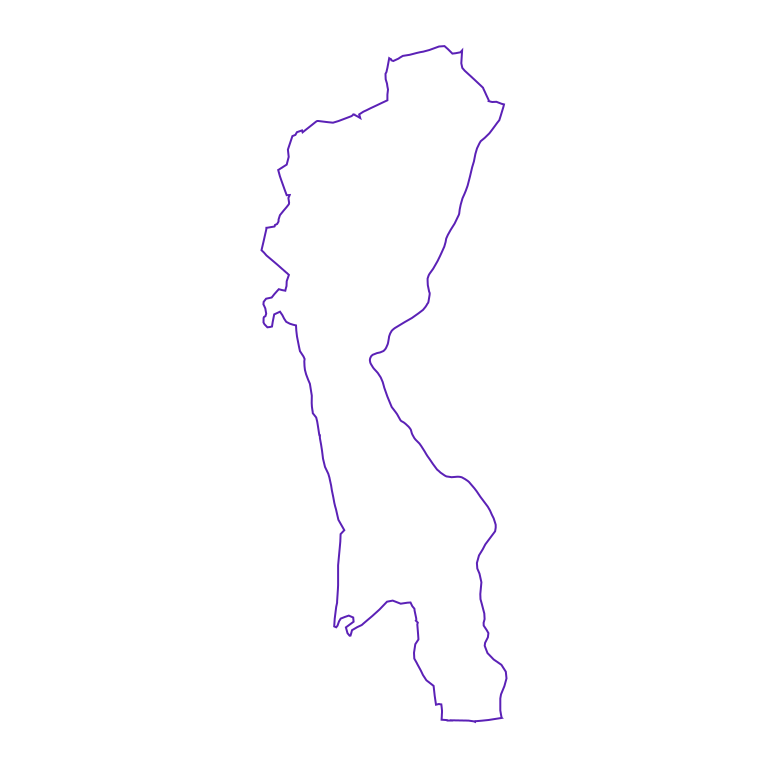 outline of Raņķu pag., Skrundas, Latvia
{"feature_id": "27541924B83019830898221", "entity_name": "Raņķu pag.", "entity_type": "district", "adm_level": 2, "iso_a3": "LVA", "parent_name": "Latvia", "parent_adm1": "Skrundas", "projection": "albers", "projection_center": [21.983, 56.757], "detail": "fine", "context": "isolated", "style": "outline", "palette": "violet", "viewbox_px": 768, "rotation_deg": 0, "n_neighbors": 0, "source": "geoboundaries", "source_scale": "gbopen_adm2", "svg_char_len": 5843}
<svg xmlns="http://www.w3.org/2000/svg" viewBox="0 0 768 768"><path d="M340.6,534.1L340.3,541.7L339.8,547.2L338.1,565.3L338.1,585.3L337.9,589.3L337.1,601.4L337.1,602.2L337.1,602.7L336.2,606.9L334.7,618.8L334.2,626.4L336.2,627.3L337.5,625.7L339.0,621.4L340.7,618.6L345.0,616.9L348.8,615.6L353.2,617.5L353.6,621.7L345.9,627.4L347.5,633.2L349.6,635.7L350.5,635.6L351.2,633.3L352.0,630.2L357.3,627.1L361.6,625.1L362.5,624.4L363.0,623.9L367.8,619.8L372.2,616.1L379.4,609.6L387.0,601.7L392.7,600.6L396.1,601.9L400.7,603.7L407.4,602.7L410.5,602.5L412.3,606.2L414.4,608.7L414.6,610.7L416.1,617.8L416.2,618.2L416.3,620.3L415.9,620.7L416.9,621.7L417.8,622.6L417.3,624.4L418.1,634.4L418.4,638.8L418.4,639.5L415.3,644.2L414.0,652.8L414.3,658.6L417.0,663.4L417.1,663.7L420.9,670.7L423.0,675.1L426.4,680.3L433.6,685.9L434.7,695.8L436.0,704.7L438.9,704.0L440.9,704.4L441.3,704.4L441.5,705.7L441.6,706.8L441.8,708.2L441.8,708.8L442.0,710.2L442.0,712.9L441.9,713.8L441.8,716.5L441.7,717.9L441.6,719.7L447.0,720.1L447.4,720.2L447.6,720.3L447.6,720.5L448.2,720.5L449.5,720.5L451.5,720.5L451.4,720.3L468.5,720.6L469.9,720.8L473.5,721.3L474.0,721.4L475.1,721.9L475.3,721.1L476.9,721.1L481.6,720.7L488.5,720.0L500.6,718.1L501.8,717.9L501.6,717.7L501.0,714.6L500.3,710.4L500.3,698.5L501.0,694.4L504.4,686.1L506.5,678.4L505.8,671.7L501.4,664.8L493.7,659.5L487.5,653.1L484.7,645.8L485.1,642.8L487.9,637.3L488.4,633.1L486.7,630.1L483.7,625.6L483.6,622.8L484.6,619.1L484.3,613.5L481.8,603.9L480.5,599.2L480.3,594.1L481.4,582.3L479.5,573.7L477.3,568.5L476.9,563.0L479.0,555.4L482.8,549.2L485.3,544.4L495.1,531.3L495.7,527.7L495.7,524.8L495.2,523.1L493.7,518.4L491.8,514.6L490.0,510.5L487.8,506.7L480.3,496.7L476.6,491.2L474.3,488.2L470.2,483.4L469.1,482.1L467.7,480.9L465.2,479.2L461.8,477.3L460.6,477.0L459.5,476.8L457.6,476.7L456.4,476.8L451.6,477.2L449.1,476.8L446.4,476.4L444.7,475.5L440.5,472.6L438.8,471.0L437.1,469.6L433.0,464.1L429.4,458.8L427.6,456.3L426.2,454.1L424.7,451.5L421.2,446.0L419.4,443.5L417.7,441.8L415.7,439.8L414.4,438.2L412.5,434.8L411.9,433.5L410.9,429.9L410.2,428.7L408.7,426.8L405.5,423.8L403.7,422.4L401.2,421.0L400.4,420.1L398.6,416.9L397.1,414.2L395.6,412.1L391.7,407.0L390.7,404.6L387.4,396.6L384.2,387.5L384.1,387.0L383.1,383.4L382.7,382.0L380.9,377.8L380.4,376.9L379.2,375.1L377.9,373.1L376.6,371.6L374.3,369.1L373.6,368.3L372.9,367.3L370.9,364.0L370.3,362.7L369.9,360.6L369.9,359.6L370.2,358.2L371.1,356.3L371.9,355.5L372.7,354.8L377.0,353.1L380.2,352.4L383.5,351.0L384.6,349.9L385.6,348.7L386.2,347.6L387.0,345.8L387.7,344.2L388.1,342.6L388.8,338.7L389.1,336.5L390.1,333.7L390.6,332.7L391.1,331.9L391.7,330.8L392.5,330.0L393.5,329.1L394.8,328.1L398.1,326.1L404.7,322.1L411.9,318.0L418.4,313.4L423.0,309.9L425.4,307.0L426.6,305.2L427.1,304.2L428.2,302.7L428.5,301.5L429.6,294.9L429.7,293.1L429.1,291.5L427.8,285.1L427.6,280.7L427.6,278.5L428.7,275.3L429.6,273.7L433.2,268.7L437.5,261.2L440.0,256.1L441.7,252.4L444.3,246.6L445.6,242.0L446.2,238.6L447.8,235.0L450.7,229.8L454.6,223.6L458.8,214.9L459.2,213.6L459.7,209.5L460.7,204.6L462.5,198.3L464.4,194.1L465.8,190.7L467.6,185.7L469.1,179.9L470.0,176.4L472.2,167.1L473.9,161.5L475.4,153.9L477.0,148.4L479.4,143.4L480.7,141.2L484.8,137.8L489.4,133.3L492.0,129.9L497.3,122.7L499.3,120.2L500.7,115.8L503.4,106.9L504.0,104.4L501.6,103.8L496.4,101.8L492.4,102.0L491.2,101.8L489.1,101.2L488.6,101.1L488.7,100.6L488.7,100.2L488.3,99.3L487.6,97.8L486.6,95.7L486.1,94.6L484.8,91.7L483.6,89.2L483.0,87.7L482.9,87.6L474.4,79.6L464.7,70.7L462.3,67.9L461.3,63.3L462.1,50.4L460.4,52.3L455.7,53.2L452.4,53.6L448.0,49.2L444.5,46.1L439.0,46.5L429.4,50.0L423.8,51.5L423.5,51.6L420.1,52.2L416.6,53.0L412.8,54.0L409.7,54.8L402.8,55.9L399.6,57.8L398.5,58.6L393.3,61.0L391.4,60.3L390.9,59.1L389.9,58.7L389.2,58.2L387.4,67.9L386.8,70.4L386.5,71.9L385.5,73.8L385.6,77.2L385.7,79.3L387.0,83.6L387.4,86.5L388.0,89.5L387.4,94.7L387.4,100.3L381.4,103.1L376.8,105.3L370.6,108.2L366.4,110.3L364.2,111.3L363.4,111.7L363.2,111.8L359.2,114.4L360.2,118.0L358.0,116.7L354.6,114.9L354.5,114.6L353.6,114.5L353.3,114.4L353.0,114.8L352.5,115.4L351.3,116.2L349.2,117.0L338.6,121.0L333.0,122.7L327.3,122.1L322.4,121.5L318.4,121.0L317.2,121.0L316.1,121.6L302.6,132.3L302.0,130.4L296.9,132.2L295.4,134.9L292.4,136.1L287.9,149.6L288.7,156.9L286.7,164.6L278.2,170.0L279.9,176.2L280.1,176.8L281.1,179.7L284.7,189.8L286.7,195.2L289.7,195.0L289.6,195.3L288.4,198.0L289.1,202.7L289.0,203.3L289.0,203.7L288.8,204.2L288.8,204.3L286.6,207.1L283.7,210.5L280.0,215.1L279.9,215.3L278.7,219.1L278.6,219.3L278.5,221.6L277.1,224.0L275.0,225.0L274.7,226.2L274.5,226.5L266.9,227.8L266.4,227.8L266.3,229.4L264.9,235.5L263.6,241.3L261.5,250.2L263.9,252.5L266.5,255.5L269.6,258.1L276.8,264.2L281.9,268.7L286.1,272.4L286.9,273.0L287.0,273.1L287.2,273.3L288.9,274.9L286.7,281.2L286.5,286.1L285.9,288.1L285.3,290.7L282.2,290.1L278.8,289.2L277.6,290.5L274.4,294.1L271.7,297.5L266.1,298.7L264.3,301.0L263.6,302.0L263.6,302.8L263.4,304.3L263.9,305.3L265.3,308.4L266.2,313.7L265.4,316.2L264.1,316.9L263.6,318.0L263.5,322.4L264.5,324.3L267.4,327.3L270.0,327.0L272.0,326.5L272.7,322.0L274.2,314.4L280.0,311.7L282.4,315.2L284.1,318.6L286.2,321.8L289.8,323.7L293.0,324.7L296.0,325.4L296.3,330.6L297.0,336.5L298.8,345.7L299.4,348.6L300.0,351.3L300.2,351.5L303.5,356.5L304.6,359.0L304.3,361.3L304.5,366.1L304.9,369.6L305.0,370.1L305.0,370.3L305.1,370.5L306.1,374.3L308.1,379.6L309.9,383.8L311.8,395.7L311.7,403.1L311.9,406.3L311.9,406.5L312.5,410.9L312.6,411.0L312.8,413.2L316.2,417.5L317.2,421.6L318.0,426.5L319.2,434.4L319.4,435.3L319.5,435.3L319.9,435.3L319.9,438.1L321.1,444.7L322.0,450.5L322.6,455.3L323.0,458.6L325.0,466.9L328.3,473.8L329.5,477.9L329.5,478.0L329.7,479.0L331.2,485.9L331.2,486.1L331.9,490.5L333.3,497.3L334.3,502.8L335.1,506.2L336.0,509.3L337.4,515.5L338.4,519.8L344.3,530.2L340.6,534.1Z" fill="none" stroke="#5b21b6" stroke-width="2"/></svg>